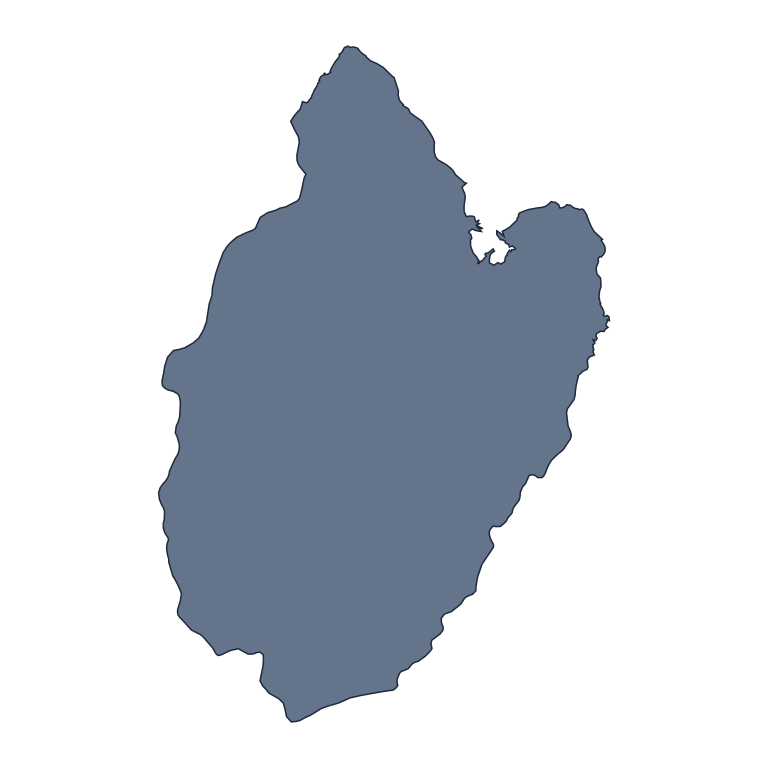 the district of Iablanita, Caras-Severin, Romania
{"feature_id": "2599482B41356842698791", "entity_name": "Iablanita", "entity_type": "district", "adm_level": 2, "iso_a3": "ROU", "parent_name": "Romania", "parent_adm1": "Caras-Severin", "projection": "robinson", "projection_center": [22.284, 44.936], "detail": "fine", "context": "isolated", "style": "filled", "palette": "slate", "viewbox_px": 768, "rotation_deg": 0, "n_neighbors": 0, "source": "geoboundaries", "source_scale": "gbopen_adm2", "svg_char_len": 6066}
<svg xmlns="http://www.w3.org/2000/svg" viewBox="0 0 768 768"><path d="M366.5,57.3L366.2,56.2L362.4,53.5L360.4,51.8L357.9,48.5L357.4,48.1L354.3,47.1L352.4,47.1L350.2,47.3L347.7,46.1L345.9,47.1L344.5,47.5L342.7,50.5L342.9,50.8L341.9,52.1L341.1,52.9L340.2,53.5L340.0,54.5L339.3,54.4L339.3,56.3L338.9,57.1L337.8,58.5L337.7,59.1L336.9,59.6L335.2,61.8L331.7,67.6L330.1,71.3L330.2,71.8L330.7,72.1L330.7,72.5L329.5,73.0L327.4,74.4L326.7,74.5L326.0,74.4L325.0,73.8L324.8,73.3L324.3,73.3L324.1,73.4L325.2,74.6L324.7,74.9L323.0,75.1L321.0,76.5L320.3,77.4L318.9,80.5L319.7,81.2L319.7,81.5L318.0,82.9L317.4,84.9L316.5,86.7L314.2,90.2L314.1,91.2L313.5,91.9L313.3,92.8L311.8,95.8L311.5,96.8L311.0,98.0L309.7,99.4L308.5,101.2L306.8,102.9L302.5,101.6L300.3,109.0L297.5,111.9L295.0,114.9L292.7,118.1L290.7,121.4L294.3,129.2L298.4,136.7L299.3,142.4L296.9,155.0L297.0,160.3L298.0,163.4L299.4,166.1L305.9,174.3L304.2,177.9L301.4,191.0L299.6,198.2L297.2,201.0L285.7,206.9L279.8,208.2L275.9,210.2L267.8,212.6L260.2,217.4L255.3,228.6L252.1,230.5L246.2,232.7L236.8,237.2L231.7,241.5L229.4,243.8L227.2,246.3L223.2,252.5L219.2,263.2L215.6,274.1L212.5,287.5L212.0,295.4L209.2,303.9L206.4,322.0L203.2,330.5L198.7,338.2L192.9,343.1L184.5,347.9L179.1,349.4L173.5,350.5L167.5,357.3L164.8,365.9L163.6,373.5L162.0,381.0L162.4,385.3L163.1,386.4L165.0,388.3L168.1,390.0L173.5,391.4L177.8,393.9L178.9,395.7L179.7,397.8L180.4,402.7L179.8,415.0L179.4,417.8L178.6,420.6L177.6,423.3L176.3,425.9L175.3,432.8L177.2,436.8L179.3,444.3L179.3,448.0L178.9,450.8L178.1,453.5L177.3,455.2L175.0,458.9L169.5,471.0L169.0,474.3L167.9,477.4L165.6,481.0L162.7,484.2L160.2,487.8L158.6,492.8L159.4,499.2L161.3,504.0L163.8,508.6L164.6,511.6L164.3,519.3L163.3,523.1L163.3,527.9L165.0,533.2L168.1,537.9L168.5,539.8L167.7,541.8L167.1,543.9L166.8,546.0L166.6,548.2L166.9,550.9L167.3,553.5L167.9,556.2L168.7,558.8L168.9,562.6L172.7,575.7L175.3,580.0L177.6,584.4L179.7,589.0L181.4,593.6L180.9,597.4L180.2,601.2L179.2,604.6L177.7,609.3L177.5,612.0L177.9,614.7L179.7,617.3L185.7,623.6L191.3,630.0L200.3,634.5L203.1,636.8L212.6,647.9L216.3,654.2L218.2,655.5L220.8,655.0L230.3,650.5L238.2,648.7L248.1,654.1L252.7,654.0L255.0,653.4L257.0,652.4L259.9,652.1L263.1,654.6L263.5,658.5L263.0,666.1L260.0,680.8L262.7,685.9L266.0,689.4L268.9,693.1L278.8,698.7L283.3,703.1L285.2,709.8L286.5,716.6L291.3,721.9L295.5,721.5L299.7,720.6L304.8,717.8L310.1,715.4L321.5,708.4L329.9,705.5L338.4,703.1L350.0,697.9L360.7,695.5L371.6,693.5L382.5,691.6L393.5,690.0L396.3,687.6L397.8,685.4L397.3,683.7L397.0,682.0L397.1,680.2L397.4,678.5L399.5,673.4L400.9,671.7L408.2,668.7L412.0,664.1L414.0,662.7L415.3,662.1L418.3,661.3L425.3,656.2L430.2,651.2L432.0,648.6L431.0,643.5L431.7,640.3L440.6,633.5L443.0,630.0L443.2,627.3L441.4,622.5L441.3,618.4L443.7,614.9L445.4,613.7L451.4,611.6L460.8,604.1L464.9,597.8L468.6,595.7L472.7,594.2L475.9,590.7L475.9,587.3L477.5,577.3L482.0,564.2L493.4,547.3L493.6,545.7L493.3,544.1L491.1,540.1L490.3,538.1L489.4,535.0L489.3,531.7L490.5,529.0L493.1,526.1L495.2,526.5L497.4,526.6L500.5,526.4L505.9,521.7L507.8,518.0L512.1,512.9L512.6,510.1L513.7,507.4L519.0,500.4L519.6,498.5L520.0,496.6L520.2,494.6L520.2,492.6L522.4,487.2L525.6,483.4L529.1,475.5L532.1,474.7L533.3,474.9L535.8,475.9L537.8,477.6L541.9,477.6L543.7,476.0L545.6,472.5L546.9,468.8L548.6,465.1L549.4,463.5L551.7,460.0L557.3,454.6L563.3,449.6L570.3,439.0L571.1,436.8L571.2,434.6L570.0,430.4L568.1,426.2L566.5,412.9L567.3,408.9L574.0,399.7L575.1,395.3L575.3,391.9L576.2,385.0L577.1,381.2L578.2,377.0L578.0,375.6L580.5,373.6L582.8,371.3L587.0,369.3L588.0,367.2L587.3,360.0L589.8,356.6L592.0,356.0L594.4,355.0L594.1,354.7L592.8,351.0L593.8,350.0L593.7,348.8L593.1,348.1L593.2,346.8L592.5,344.8L594.6,343.6L594.9,341.6L593.3,340.8L593.1,339.6L596.3,340.0L597.0,338.7L597.0,337.7L596.5,337.2L595.9,335.5L596.8,333.4L601.1,331.1L604.1,331.5L604.9,329.6L608.0,327.4L606.3,325.8L606.0,324.0L607.5,321.3L607.2,319.9L607.7,319.7L609.4,320.6L609.1,317.3L608.4,316.2L606.9,315.4L605.3,316.3L604.3,316.1L603.2,315.1L604.2,313.5L603.5,310.8L602.2,307.5L601.0,306.7L600.9,305.3L599.9,303.9L600.7,303.2L599.9,301.7L599.4,298.7L599.0,298.5L599.2,293.8L599.9,289.9L601.0,286.8L600.9,282.6L600.5,278.1L597.0,273.9L596.5,271.6L596.2,268.0L596.9,265.7L598.1,262.9L598.5,261.3L597.9,259.2L599.7,256.6L601.2,257.0L603.6,254.3L605.1,251.3L605.1,248.3L604.5,245.6L602.8,243.0L601.1,240.2L602.5,239.4L593.9,231.3L591.4,226.9L588.8,221.0L586.4,214.2L583.5,209.8L582.1,209.0L579.3,209.6L577.9,208.8L574.9,208.4L573.4,207.4L572.1,206.7L570.7,205.4L566.7,204.7L565.3,206.3L563.0,207.5L560.0,208.1L558.6,204.6L555.1,202.2L553.5,202.2L551.1,201.6L548.5,204.3L545.1,206.5L541.2,207.5L537.5,207.9L528.2,209.6L519.6,212.9L518.5,214.5L518.5,216.3L517.0,218.7L517.3,219.8L509.9,227.0L505.2,229.9L502.3,231.3L504.0,236.3L500.5,233.3L496.8,230.8L496.7,234.4L500.5,239.8L502.9,239.8L503.1,240.3L505.0,240.9L505.4,242.9L508.6,244.5L509.4,247.1L512.4,245.9L515.5,248.7L514.7,249.6L511.7,249.7L510.9,251.5L509.5,250.2L507.2,253.6L507.2,255.3L505.9,256.1L505.3,257.7L504.6,261.8L500.8,264.1L497.9,262.6L493.9,265.2L489.4,262.8L489.4,259.5L489.8,257.4L490.0,255.4L491.5,253.2L494.4,251.2L493.1,248.9L490.0,251.5L487.8,253.1L486.0,253.1L484.8,254.3L486.2,256.0L481.9,261.2L480.0,261.3L479.4,263.3L477.6,263.5L478.7,260.3L476.8,257.3L473.0,252.7L470.6,246.0L470.5,239.3L471.0,239.4L471.8,238.2L470.9,234.8L468.5,232.1L472.1,229.0L475.9,230.6L481.4,231.5L480.0,229.4L476.4,226.6L482.2,228.6L482.4,228.4L476.3,225.2L479.5,223.7L477.3,222.8L479.2,219.9L476.0,221.9L475.1,220.2L474.4,216.9L473.2,216.3L470.1,216.0L466.3,216.6L464.1,211.4L464.1,205.2L465.3,197.3L464.4,192.6L463.6,191.3L462.0,187.1L466.4,183.2L464.5,182.6L455.5,174.7L453.2,170.8L450.4,167.9L446.0,164.5L437.8,159.8L435.6,156.9L434.2,152.1L434.2,145.7L434.5,142.7L433.4,139.2L431.8,136.0L429.7,132.4L421.8,121.1L410.3,113.0L408.5,109.0L405.9,107.1L404.2,106.5L403.0,105.5L403.4,104.6L401.2,102.6L399.2,99.7L398.2,95.2L398.4,90.7L394.0,77.4L392.3,76.3L383.3,67.5L377.2,63.8L370.6,60.8L366.5,57.3Z" fill="#64748b" stroke="#1e293b" stroke-width="1.5"/></svg>